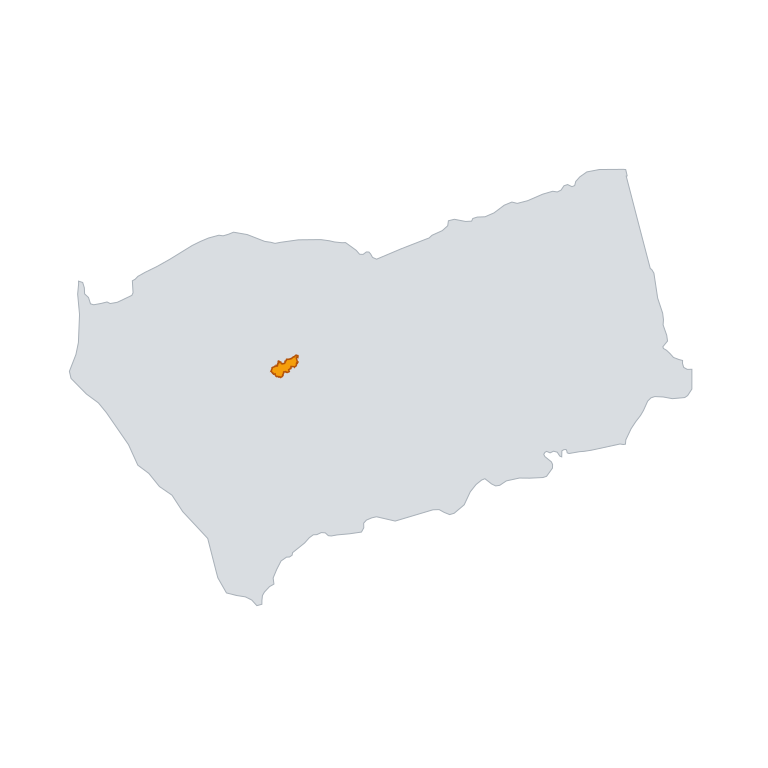 Sekyere South, Ashanti, Ghana (highlighted), rotated 76°
{"feature_id": "2480657B66267254954762", "entity_name": "Sekyere South", "entity_type": "district", "adm_level": 2, "iso_a3": "GHA", "parent_name": "Ghana", "parent_adm1": "Ashanti", "projection": "robinson", "projection_center": [-1.514, 6.995], "detail": "fine", "context": "in_parent", "style": "filled", "palette": "amber", "viewbox_px": 768, "rotation_deg": 76, "n_neighbors": 0, "source": "geoboundaries", "source_scale": "gbopen_adm2", "svg_char_len": 6792}
<svg xmlns="http://www.w3.org/2000/svg" viewBox="0 0 768 768"><g transform="rotate(76 384 384)"><path d="M463.4,86.5L468.7,92.2L469.9,95.5L468.0,107.7L464.1,116.3L461.7,124.3L462.0,128.3L464.4,132.3L472.4,138.6L476.6,142.7L481.5,148.9L487.1,155.0L496.7,162.9L500.8,164.3L500.6,166.5L499.3,169.5L498.4,198.9L497.7,206.5L497.0,210.4L496.2,221.3L495.1,222.9L493.3,222.8L491.6,223.2L491.2,225.4L491.9,227.6L497.7,229.2L496.4,230.9L492.1,232.4L490.2,235.7L491.0,239.5L488.7,242.5L489.3,244.5L490.9,246.0L493.3,245.5L500.1,240.4L502.9,239.9L506.4,240.9L512.9,248.6L513.2,252.4L510.6,265.4L508.0,275.4L507.6,288.7L510.3,296.2L509.9,300.3L507.0,303.8L500.3,309.0L500.8,312.5L503.8,319.0L509.5,326.4L520.6,335.4L526.4,347.2L526.6,351.9L523.1,356.7L519.2,360.9L517.9,366.9L519.7,406.3L511.0,423.4L510.9,428.3L511.8,434.0L514.1,437.4L518.6,438.4L522.2,441.7L521.0,453.7L519.1,465.9L518.7,471.9L517.7,474.7L514.2,477.0L513.0,480.8L513.9,485.6L513.2,489.1L515.1,493.7L519.0,499.4L525.5,513.5L527.9,514.6L529.0,517.6L528.4,520.5L530.8,526.7L538.0,533.0L545.4,538.5L551.5,539.2L552.9,544.1L556.9,550.3L559.8,553.1L564.4,554.8L568.2,555.8L568.3,561.0L561.6,564.6L557.0,570.0L553.5,578.3L548.6,587.4L531.9,592.1L525.5,592.2L491.2,592.4L459.1,610.2L440.6,616.6L429.2,626.7L413.9,633.8L403.2,642.5L381.0,646.6L344.6,660.3L333.2,665.7L321.7,675.2L302.9,686.3L295.6,686.2L280.9,675.8L269.9,670.5L242.9,662.6L222.7,659.5L213.0,656.1L210.3,655.5L212.6,651.8L218.2,651.5L224.1,652.7L228.6,649.8L235.2,649.4L236.9,646.5L237.4,638.9L237.4,632.9L239.7,630.2L240.2,623.0L237.0,607.2L234.7,605.4L223.0,603.2L222.1,600.0L220.0,596.7L217.8,588.6L215.2,576.4L211.1,561.4L203.2,536.6L201.3,527.8L199.9,518.9L199.7,508.2L201.3,504.3L201.1,498.8L200.3,493.3L205.9,480.6L216.8,465.2L219.1,459.6L221.2,455.7L221.5,450.2L223.4,432.2L228.6,410.4L231.9,402.2L234.2,397.7L236.8,390.5L237.5,387.1L247.6,378.6L252.2,376.3L253.2,372.9L251.6,369.2L252.3,366.7L254.7,365.5L258.4,364.5L261.1,361.0L256.9,334.1L253.5,307.4L253.3,305.1L251.3,301.4L249.3,290.4L245.9,283.9L241.2,282.0L241.2,275.9L246.0,265.6L247.2,259.6L244.9,257.8L244.6,253.1L246.2,245.5L245.4,240.8L244.6,235.9L239.6,224.1L238.4,215.9L241.0,211.0L240.9,200.4L238.2,184.0L237.8,173.7L239.6,169.4L238.7,165.3L235.2,161.4L234.9,157.6L238.0,153.9L237.6,151.0L233.8,148.9L230.4,143.9L227.3,135.9L228.0,123.1L233.7,99.6L234.4,97.6L240.9,97.7L240.9,98.7L261.0,98.5L284.0,98.3L311.5,98.0L336.5,97.7L337.5,96.6L341.7,95.3L366.9,97.7L382.7,96.5L389.3,97.3L394.2,98.9L405.1,97.9L410.9,98.5L415.3,104.4L417.1,104.3L419.5,101.8L423.9,99.0L428.3,96.7L431.5,92.1L433.4,88.6L436.3,89.4L440.4,89.2L443.2,86.2L444.2,81.7L463.4,86.5Z" fill="#d9dde1" stroke="#a8b0b8" stroke-width="1"/><path d="M342.4,489.2L342.7,489.5L342.9,489.5L343.0,489.6L343.4,489.8L343.7,490.2L343.8,490.2L344.1,490.2L344.2,490.3L344.2,490.2L344.3,490.1L345.4,490.0L345.6,489.9L345.8,489.8L346.0,489.7L346.3,489.5L346.4,489.3L346.5,489.4L346.7,489.2L346.8,489.2L347.0,489.3L347.5,489.4L347.5,489.5L347.5,489.3L347.6,489.1L347.8,488.8L347.8,488.5L347.8,488.3L347.9,488.1L347.9,487.9L347.8,487.7L347.8,487.3L348.1,487.4L348.4,487.3L348.7,487.4L349.1,487.2L349.3,487.2L349.5,487.2L350.3,486.9L350.5,486.6L350.8,486.5L350.8,486.3L350.8,486.2L350.9,485.9L350.8,485.7L350.9,485.4L351.0,485.3L351.1,485.0L351.1,484.9L351.3,484.7L351.5,484.8L352.0,484.6L351.9,484.6L352.0,484.4L351.9,484.2L351.7,483.9L351.8,483.8L351.7,483.6L351.8,483.5L351.9,483.3L352.1,483.1L352.4,482.8L352.6,482.8L352.7,482.7L352.3,482.2L352.4,481.8L352.3,481.3L351.9,480.6L351.6,480.5L351.5,480.3L351.2,480.4L350.9,480.3L350.5,480.0L350.5,479.8L350.6,479.7L350.3,479.6L350.0,479.5L349.8,479.3L349.7,479.2L349.4,479.0L349.3,478.9L349.2,478.9L348.8,478.6L348.6,478.7L348.4,478.6L348.1,478.5L348.0,478.4L348.1,478.2L348.1,477.8L348.1,477.6L348.1,477.4L348.2,477.1L348.1,476.8L348.2,476.7L348.3,476.7L348.3,476.4L348.3,476.2L348.6,476.0L348.9,476.1L349.0,476.0L349.1,475.8L348.9,475.7L349.0,475.5L349.1,475.4L349.4,475.2L349.4,474.9L349.2,474.3L349.2,473.9L349.3,473.7L349.2,473.3L349.1,473.2L349.0,472.9L348.9,472.8L348.6,472.9L348.4,473.0L348.0,473.1L347.9,473.1L347.5,473.0L347.3,473.0L347.1,473.0L347.1,472.9L347.0,472.7L346.9,472.5L346.6,471.8L346.6,471.7L346.6,471.4L346.6,471.0L346.5,470.8L346.5,470.6L346.3,470.5L345.9,470.7L345.8,470.4L345.4,470.1L344.5,470.0L344.6,469.6L344.7,469.4L344.7,469.1L344.8,468.9L344.9,468.6L345.1,468.3L345.1,468.2L345.3,467.4L345.7,467.0L345.8,466.8L346.0,466.7L345.7,466.5L345.6,466.4L345.6,466.2L345.4,465.5L345.1,464.8L344.5,464.6L344.3,464.3L344.2,464.3L343.9,464.2L343.7,464.1L343.3,464.1L343.1,464.1L343.0,463.9L343.0,463.6L343.0,463.3L342.9,463.3L342.7,463.3L342.3,463.4L342.3,463.1L342.4,462.9L342.5,462.7L342.3,462.4L341.9,462.2L341.8,462.7L337.4,462.8L337.1,462.5L337.0,462.4L337.1,462.2L337.2,461.8L337.2,461.7L337.4,461.3L337.2,461.3L337.0,461.1L336.9,461.0L336.8,460.9L336.6,460.8L336.1,460.8L335.8,461.0L335.6,461.0L335.5,460.9L335.4,461.1L335.3,461.4L335.3,461.7L335.4,461.9L335.3,462.1L335.2,462.2L334.9,462.2L334.9,462.3L334.7,462.4L334.7,462.5L334.9,462.9L335.0,463.0L335.1,463.3L335.3,463.5L335.5,464.0L335.8,464.4L335.9,464.5L336.0,464.7L336.0,464.9L335.8,465.1L335.7,465.4L336.3,466.4L336.4,466.7L336.4,466.9L336.6,467.2L336.8,467.3L337.0,467.8L336.8,468.1L336.8,468.4L336.8,468.6L337.0,468.8L337.0,469.0L337.1,469.4L337.0,469.7L336.8,469.9L336.8,470.0L337.0,470.3L337.0,470.6L336.9,470.9L336.8,471.1L336.7,471.3L336.7,471.5L336.7,471.8L336.5,472.1L336.4,472.6L336.5,472.7L336.8,472.8L337.1,472.9L337.6,473.1L337.8,473.7L337.8,473.9L337.9,474.0L338.0,474.2L338.0,474.6L338.3,474.6L338.5,474.4L338.8,474.4L339.1,474.7L339.3,475.0L339.5,475.2L339.8,475.3L340.0,475.5L339.8,476.1L339.9,476.6L340.0,476.8L339.9,477.1L339.7,477.4L339.8,477.5L339.7,477.6L339.8,477.7L339.8,478.0L339.5,478.3L339.5,478.5L339.4,478.6L339.1,478.7L338.9,478.8L338.7,478.8L338.4,478.8L337.8,478.8L337.7,479.0L337.5,479.3L337.4,479.5L337.3,479.8L337.2,479.8L336.9,480.0L336.7,480.1L336.4,480.5L336.2,480.7L336.2,480.9L336.2,481.0L336.4,481.2L336.8,481.1L337.0,481.1L337.3,481.1L337.5,480.9L337.9,480.8L337.9,481.0L338.0,481.3L338.1,481.6L338.0,481.8L338.2,482.0L338.3,482.0L338.4,481.9L338.5,481.9L338.8,481.9L338.9,482.0L339.0,482.1L339.0,482.3L339.1,482.5L339.3,482.5L339.5,482.7L339.6,482.8L339.8,482.8L339.8,482.7L339.8,482.8L340.1,482.8L340.3,482.8L340.5,482.9L340.5,483.0L340.8,483.3L340.8,483.5L340.6,483.8L340.4,483.9L340.4,484.1L340.2,484.2L340.4,484.3L340.5,484.4L340.4,484.8L340.4,485.0L340.5,485.3L340.4,485.4L340.5,485.5L340.4,485.6L340.5,485.7L340.7,486.1L340.7,486.3L340.7,486.5L340.8,486.7L340.8,486.8L340.9,487.2L340.9,487.3L340.9,487.8L340.9,488.0L341.1,488.4L341.1,488.6L341.5,488.6L341.8,488.7L342.0,488.9L342.2,489.1L342.3,489.2L342.4,489.2Z" fill="#f59e0b" stroke="#b45309" stroke-width="1.5"/></g></svg>